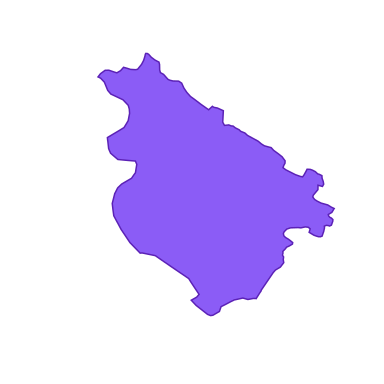 Jisr-Ash-Shugur, Idlib, Syria (Equal Earth projection), rotated 299°
{"feature_id": "27442178B84192320308694", "entity_name": "Jisr-Ash-Shugur", "entity_type": "district", "adm_level": 2, "iso_a3": "SYR", "parent_name": "Syria", "parent_adm1": "Idlib", "projection": "equal_earth", "projection_center": [36.341, 35.883], "detail": "fine", "context": "isolated", "style": "filled", "palette": "violet", "viewbox_px": 384, "rotation_deg": 299, "n_neighbors": 0, "source": "geoboundaries", "source_scale": "gbopen_adm2", "svg_char_len": 3605}
<svg xmlns="http://www.w3.org/2000/svg" viewBox="0 0 384 384"><g transform="rotate(299 192 192)"><path d="M246.5,324.4L246.4,322.8L246.3,321.2L246.5,317.0L244.9,310.3L244.7,306.0L244.9,303.0L245.5,301.5L246.2,300.0L247.1,299.9L247.9,299.6L249.4,299.9L255.1,301.0L257.2,299.9L259.0,298.9L260.1,303.4L262.7,303.4L264.9,301.6L267.1,299.1L269.3,297.7L269.2,294.9L268.8,293.1L269.6,290.0L269.5,286.8L269.1,284.4L267.7,281.6L265.4,281.7L261.2,281.7L258.9,281.4L258.2,279.4L257.3,274.1L256.9,263.3L257.4,259.8L259.6,259.4L262.2,259.4L264.4,258.3L266.5,253.7L267.3,248.8L268.0,243.2L269.2,239.7L268.5,237.1L267.5,232.9L267.7,229.2L268.5,225.3L268.4,213.1L268.8,211.5L269.2,210.0L269.2,209.5L269.2,209.4L269.2,209.2L268.7,205.1L269.3,203.0L269.2,200.9L269.1,198.8L269.6,196.0L269.2,195.1L268.8,194.2L268.5,191.6L267.8,190.7L266.0,188.1L267.4,185.9L268.0,185.0L270.7,183.7L278.3,180.0L277.8,173.9L277.8,173.6L276.7,170.2L276.7,168.7L276.8,168.3L272.0,166.7L273.1,156.7L274.2,149.4L274.8,144.4L276.5,139.5L276.6,139.2L279.0,134.5L282.2,130.2L282.5,126.6L279.9,121.6L279.0,118.3L278.9,116.3L281.1,110.1L281.1,107.6L281.1,106.5L283.0,104.6L287.8,101.8L289.6,100.1L289.5,97.9L289.5,96.9L289.5,95.2L289.7,94.0L290.1,91.1L291.4,87.4L291.5,85.9L290.8,84.4L289.8,84.4L289.7,84.5L287.9,85.0L284.6,85.7L283.5,85.9L279.2,86.0L272.9,84.9L271.6,83.3L269.5,78.9L269.4,78.6L268.7,75.1L268.0,72.2L267.9,71.7L263.5,70.7L259.8,68.5L259.3,66.2L258.2,60.2L256.3,57.0L251.1,54.6L247.1,54.0L247.2,55.5L247.2,57.0L245.6,62.1L240.2,68.8L240.0,69.1L238.8,72.2L238.6,72.8L238.5,73.1L238.3,73.5L238.6,77.7L239.2,86.9L236.9,94.2L234.2,96.9L230.5,99.3L223.4,101.6L219.7,101.5L215.4,101.3L210.6,98.6L198.6,91.6L196.3,93.2L196.2,93.3L195.7,93.7L189.6,98.0L188.1,99.8L187.1,101.2L186.5,101.9L186.0,104.1L184.5,111.4L188.3,120.1L189.6,123.0L191.0,126.1L191.6,127.5L189.4,130.3L186.9,131.2L181.4,133.2L179.2,132.9L178.3,132.8L175.0,132.5L174.6,132.4L170.9,130.2L165.0,126.7L163.8,126.3L162.2,125.8L161.8,125.7L160.3,125.2L159.4,125.0L154.0,125.2L153.1,125.2L152.4,125.4L150.9,125.8L143.3,127.8L138.0,131.6L133.3,135.1L132.0,137.1L130.0,140.2L127.8,143.7L124.8,148.3L123.9,150.2L123.7,150.5L122.6,152.7L117.6,162.4L117.3,163.5L113.4,176.3L114.5,177.9L117.9,188.7L118.5,190.7L118.5,191.2L118.3,193.1L117.7,198.9L116.6,210.4L115.6,221.2L114.7,231.1L112.7,234.7L110.2,239.5L105.9,247.8L103.9,247.4L102.4,247.1L100.4,245.9L97.0,243.8L94.8,250.6L93.5,258.8L92.9,262.5L92.5,264.9L92.9,268.1L93.3,268.7L93.8,269.3L94.3,270.0L100.8,273.9L101.9,273.7L105.8,273.0L109.9,275.8L115.1,279.2L117.6,281.0L118.2,281.3L118.6,281.9L123.9,287.9L125.0,292.6L125.1,293.0L128.6,297.2L129.9,299.7L129.9,299.8L137.0,300.2L138.6,300.4L139.4,300.3L139.9,300.1L140.3,300.2L141.3,300.3L143.6,300.5L160.8,302.1L164.2,302.8L169.2,305.7L174.7,306.5L177.1,304.6L179.6,303.6L180.6,301.8L181.7,301.4L182.7,301.2L183.9,300.3L185.1,300.5L186.4,300.9L188.0,301.3L189.5,301.4L191.9,303.2L195.1,305.1L196.6,304.6L197.1,301.8L197.3,300.4L197.5,298.9L197.5,297.4L197.6,295.8L198.2,293.6L199.1,292.8L199.3,292.6L200.1,292.0L202.1,291.9L203.7,292.4L205.4,292.8L208.1,295.2L208.9,296.3L209.6,297.5L212.0,301.5L212.3,302.0L213.4,304.6L216.4,308.0L217.5,310.7L217.3,312.0L217.1,313.2L213.5,314.0L213.3,319.6L213.7,322.0L214.2,324.3L215.1,326.0L216.5,327.2L218.5,326.8L220.2,326.5L221.1,326.4L221.7,326.2L224.8,325.3L226.3,324.3L228.0,325.7L228.7,327.4L228.9,328.8L230.6,330.0L234.7,329.3L236.2,328.6L236.8,326.5L236.7,324.7L237.3,323.1L238.4,322.1L241.6,324.0L241.9,324.2L244.1,324.3L245.1,324.3L246.2,324.3L246.3,324.4L246.5,324.4Z" fill="#8b5cf6" stroke="#5b21b6" stroke-width="1.5"/></g></svg>